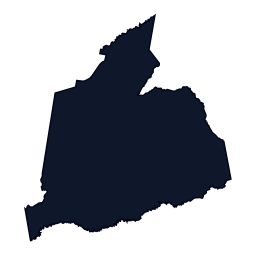 outline of Sauce, Corrientes, Argentina
{"feature_id": "61730980B9994568619241", "entity_name": "Sauce", "entity_type": "district", "adm_level": 2, "iso_a3": "ARG", "parent_name": "Argentina", "parent_adm1": "Corrientes", "projection": "orthographic", "projection_center": [-58.817, -29.951], "detail": "fine", "context": "isolated", "style": "filled", "palette": "ink", "viewbox_px": 256, "rotation_deg": 0, "n_neighbors": 0, "source": "geoboundaries", "source_scale": "gbopen_adm2", "svg_char_len": 5829}
<svg xmlns="http://www.w3.org/2000/svg" viewBox="0 0 256 256"><path d="M148.2,19.7L148.4,21.1L145.8,21.0L145.9,22.5L144.7,22.4L143.6,23.6L141.4,24.6L140.5,24.6L139.9,23.7L139.3,25.8L140.8,26.5L140.9,27.0L139.6,27.1L138.8,28.1L136.2,26.7L135.8,26.8L135.5,28.3L134.3,28.3L132.3,29.6L130.1,29.0L129.3,30.3L127.9,30.1L128.3,30.8L127.4,31.7L126.7,33.3L125.6,33.8L122.4,33.4L122.0,33.7L122.2,34.8L121.8,35.6L119.4,35.4L118.9,36.0L119.2,37.0L117.0,37.0L116.8,39.0L115.4,39.6L115.6,40.6L114.9,41.7L113.1,42.8L112.6,42.0L112.1,42.1L111.3,43.0L110.5,45.8L109.1,46.1L108.9,46.6L106.7,45.5L105.0,46.0L103.4,47.1L103.8,48.7L102.2,49.5L100.7,49.4L99.9,53.6L106.3,54.8L104.7,61.1L102.3,62.1L100.0,64.3L91.8,76.2L89.7,78.4L86.4,80.2L83.5,81.3L76.8,80.5L75.6,87.1L55.2,93.1L42.4,173.4L42.4,175.8L41.6,178.5L41.0,179.0L40.9,179.8L41.3,181.7L42.4,182.9L42.5,184.9L42.2,186.1L41.4,186.7L42.1,189.9L42.4,190.2L44.1,189.6L44.9,190.1L46.0,189.8L47.2,190.6L47.3,192.3L44.7,195.2L44.2,196.6L44.6,198.6L42.6,202.4L42.0,202.8L41.0,202.7L40.7,203.2L39.5,203.0L38.4,203.3L38.1,203.6L38.2,204.1L36.7,204.5L32.3,207.3L29.6,206.8L28.7,205.5L28.3,205.4L27.3,206.5L27.5,207.2L27.0,207.4L26.9,208.9L25.4,209.1L25.1,208.8L30.6,240.6L30.9,240.6L31.1,239.3L31.6,240.2L32.0,240.0L32.0,239.2L33.1,238.7L34.7,239.1L35.0,239.0L34.9,238.3L35.8,238.4L36.0,237.4L35.4,237.2L35.4,236.8L37.7,236.0L38.1,235.2L38.9,235.7L38.6,234.8L39.0,234.6L39.3,234.6L39.6,235.3L40.4,234.9L40.1,234.0L39.7,233.8L40.5,232.8L39.8,232.9L39.6,232.4L38.7,232.5L38.7,232.1L40.0,229.8L40.6,230.0L40.5,229.0L41.4,229.3L41.7,228.1L43.1,228.7L43.5,228.4L43.8,228.0L43.6,225.8L44.5,225.7L45.6,226.2L45.9,226.7L46.7,226.3L46.8,227.1L47.7,227.2L47.7,226.7L49.2,225.3L50.3,225.9L50.7,225.7L50.4,225.0L51.0,224.9L51.3,225.5L51.6,224.6L52.7,224.6L52.7,223.9L53.2,224.0L53.2,223.6L54.4,224.3L55.1,223.6L57.1,223.4L59.7,222.5L59.6,222.0L60.6,221.5L61.5,222.2L62.1,222.0L63.0,222.4L62.5,223.0L62.8,223.2L63.6,223.1L63.9,222.3L64.6,222.4L66.1,221.6L66.4,222.3L67.0,221.8L68.2,222.6L68.5,222.0L70.4,223.1L71.6,222.4L70.9,221.9L71.0,221.2L72.5,222.4L73.0,222.2L73.1,221.5L73.6,221.2L74.2,221.5L73.9,221.7L74.7,223.3L76.1,224.4L76.6,224.2L76.8,223.5L77.9,223.9L77.6,224.5L77.9,225.0L78.6,225.2L78.6,226.0L80.0,225.1L80.8,226.1L81.6,225.8L82.5,227.5L83.1,227.5L84.4,229.2L85.9,229.4L86.3,229.9L86.8,229.5L87.4,230.3L87.8,230.1L87.9,229.2L88.3,229.2L89.2,229.9L89.7,231.6L92.1,231.3L92.8,231.7L93.7,230.1L93.7,231.0L94.0,231.2L94.6,230.5L96.1,231.4L97.5,230.4L97.3,231.1L97.6,231.2L98.5,230.6L99.5,230.9L100.2,229.7L101.4,229.6L101.0,228.2L102.3,228.0L102.4,227.2L103.7,228.1L104.2,227.8L104.8,228.0L105.5,227.7L105.7,226.6L106.4,226.5L106.7,226.9L106.3,227.4L107.1,227.8L107.5,227.4L108.1,227.6L107.3,226.8L107.5,226.4L108.3,227.1L109.6,225.6L110.0,226.3L111.1,225.7L112.0,226.5L113.4,225.4L114.0,225.8L114.1,224.3L115.7,224.9L115.2,224.0L116.0,223.7L116.5,224.1L116.7,223.6L116.4,222.8L116.9,222.3L118.1,222.5L118.1,221.5L117.3,221.4L117.6,220.8L118.6,220.4L119.1,221.6L119.0,220.9L120.4,221.2L120.6,220.3L120.1,219.9L120.6,219.9L120.7,219.3L122.1,219.5L122.2,218.7L123.1,219.0L123.0,219.7L123.7,219.8L123.6,220.9L124.7,221.3L125.1,220.1L125.8,220.1L126.1,219.5L127.2,219.6L127.3,219.9L126.4,220.3L126.9,221.5L127.0,220.7L127.6,221.0L128.8,220.0L129.0,220.3L129.7,219.9L129.6,220.6L131.1,220.5L131.0,220.1L132.0,219.2L132.7,219.4L132.9,220.2L133.6,219.9L134.8,220.7L134.8,220.0L135.4,220.6L135.7,219.9L136.4,220.4L139.1,219.8L140.8,218.2L140.0,217.9L141.1,214.8L141.4,214.5L142.1,214.9L142.5,214.7L142.5,213.9L143.6,213.5L144.2,212.4L148.0,211.2L147.3,210.1L147.5,209.8L150.4,210.0L151.1,210.4L152.2,209.0L153.2,208.5L153.3,209.1L154.9,209.0L154.2,208.1L156.3,207.8L155.8,206.7L156.7,207.1L157.1,206.6L157.5,207.3L158.0,206.4L159.2,206.3L159.7,205.9L160.1,205.4L159.6,204.2L159.9,203.3L159.1,202.2L160.4,202.5L161.0,203.6L163.1,202.4L164.3,203.0L164.9,202.9L166.4,204.0L166.4,202.7L167.3,203.0L167.3,202.4L167.9,202.7L168.5,202.0L169.0,202.7L169.6,201.9L169.8,202.8L170.7,203.1L171.0,204.0L173.4,205.3L173.5,206.1L174.1,205.9L174.3,206.7L174.6,206.3L175.1,206.8L175.9,205.8L176.4,206.6L177.0,205.6L176.8,205.1L177.0,204.9L177.7,204.6L180.0,204.9L180.4,204.1L181.4,204.8L182.0,203.2L182.3,204.0L183.2,203.9L183.9,202.2L186.5,201.9L187.9,200.5L190.5,201.0L193.2,198.7L194.7,197.9L199.8,197.5L202.2,198.2L202.6,198.0L202.7,197.1L203.2,196.6L203.2,195.0L206.2,192.9L206.4,190.5L209.6,189.3L209.3,188.0L210.2,186.9L210.9,187.0L211.6,186.0L212.6,186.1L212.9,186.9L215.2,188.0L216.2,187.5L217.0,187.7L217.5,188.8L219.4,188.0L222.5,188.0L224.1,186.5L224.5,186.8L224.8,186.5L225.0,185.8L224.1,184.8L224.1,184.3L225.5,182.8L226.5,180.5L230.9,179.1L223.8,141.5L223.1,141.2L222.7,140.0L220.8,139.7L219.5,138.5L217.8,138.0L215.6,135.3L212.3,132.5L209.3,127.4L208.7,125.6L207.3,124.3L206.9,122.4L205.9,122.2L205.7,121.9L205.9,120.9L205.1,120.5L204.9,118.4L205.6,117.4L206.0,115.2L203.5,108.8L203.9,106.2L202.9,105.4L203.1,103.5L202.3,103.4L201.7,102.6L200.2,102.7L199.6,100.7L198.5,99.1L197.8,98.8L196.3,98.9L196.1,98.3L195.3,98.1L194.8,94.1L193.7,93.4L193.4,93.9L192.6,93.8L192.0,92.2L191.2,91.1L190.5,90.8L190.1,88.5L188.5,88.6L188.5,88.0L187.9,87.9L186.9,86.7L185.7,87.1L183.6,86.9L182.8,87.2L181.9,89.0L181.3,89.4L179.9,89.1L176.3,90.3L175.5,91.2L173.0,91.2L167.3,89.5L165.4,90.4L164.1,89.6L162.6,90.4L161.0,88.3L157.6,88.5L155.7,87.2L154.4,88.0L153.5,89.4L151.8,90.1L151.1,91.1L149.8,91.3L148.3,92.9L145.7,93.4L143.4,95.5L137.8,95.2L138.8,93.5L139.5,93.1L139.2,92.0L140.0,91.5L141.7,87.8L142.9,86.5L143.8,86.2L143.8,85.6L146.5,81.5L146.9,80.7L146.5,79.4L147.9,78.9L148.1,78.0L150.1,77.6L150.9,77.0L151.3,74.4L153.1,72.3L153.2,69.1L153.6,68.2L155.2,67.3L155.7,66.3L158.0,66.3L159.1,65.4L159.3,63.3L148.9,49.7L154.9,15.4L152.4,17.3L151.1,17.3L150.1,19.1L148.2,19.7Z" fill="#0f172a" stroke="#020617" stroke-width="1.5"/></svg>